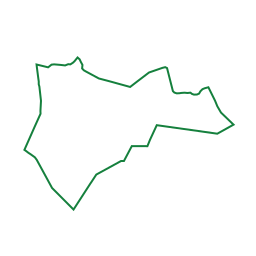 the district of Paquetá, Piauí, Brazil, rotated 264°
{"feature_id": "56859067B84967763168108", "entity_name": "Paquetá", "entity_type": "district", "adm_level": 2, "iso_a3": "BRA", "parent_name": "Brazil", "parent_adm1": "Piauí", "projection": "mercator", "projection_center": [-41.654, -7.163], "detail": "fine", "context": "isolated", "style": "outline", "palette": "green", "viewbox_px": 256, "rotation_deg": 264, "n_neighbors": 0, "source": "geoboundaries", "source_scale": "gbopen_adm2", "svg_char_len": 1066}
<svg xmlns="http://www.w3.org/2000/svg" viewBox="0 0 256 256"><g transform="rotate(264 128 128)"><path d="M184.2,168.5L181.0,154.7L173.1,141.7L168.6,134.4L173.8,121.1L174.6,119.1L175.3,117.3L176.7,113.7L180.3,104.2L188.5,92.2L190.0,90.1L192.0,88.6L195.5,89.3L198.9,87.9L201.3,87.1L203.4,85.2L200.0,81.8L198.7,80.1L197.3,77.3L197.7,75.2L196.8,72.0L197.8,67.5L199.0,61.2L199.0,58.6L196.7,54.9L200.7,43.7L198.4,43.7L194.3,43.8L190.1,43.9L186.1,44.0L183.6,44.1L180.8,43.8L178.5,44.2L164.1,44.3L154.1,42.7L151.3,42.5L139.0,35.3L117.1,22.7L115.8,24.2L113.7,26.4L112.0,28.5L108.6,32.3L105.9,33.9L76.3,46.2L52.6,65.3L76.5,84.6L77.9,85.8L85.0,91.6L86.8,95.9L95.9,117.6L95.6,120.5L109.6,129.9L107.9,145.4L113.9,148.6L127.8,156.9L113.0,216.2L120.3,233.3L133.6,222.1L140.3,219.1L146.1,217.4L160.1,212.2L159.5,208.4L158.8,206.1L156.9,203.8L154.8,202.3L154.1,200.1L154.3,197.1L155.2,195.2L156.6,193.8L156.6,190.8L157.2,187.9L157.3,184.6L157.2,182.4L157.4,180.0L158.4,177.8L160.0,176.5L183.5,173.1L184.6,171.4L184.2,168.5Z" fill="none" stroke="#15803d" stroke-width="2"/></g></svg>